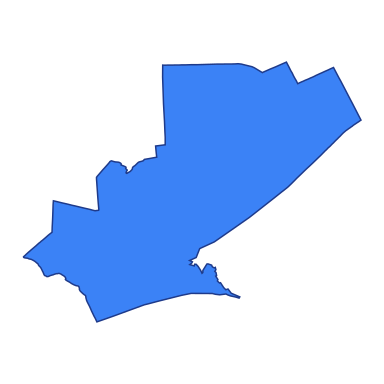 outline of Beuca, Teleorman, Romania
{"feature_id": "2599482B48947816929504", "entity_name": "Beuca", "entity_type": "district", "adm_level": 2, "iso_a3": "ROU", "parent_name": "Romania", "parent_adm1": "Teleorman", "projection": "robinson", "projection_center": [24.967, 44.261], "detail": "fine", "context": "isolated", "style": "filled", "palette": "blue", "viewbox_px": 384, "rotation_deg": 0, "n_neighbors": 0, "source": "geoboundaries", "source_scale": "gbopen_adm2", "svg_char_len": 5818}
<svg xmlns="http://www.w3.org/2000/svg" viewBox="0 0 384 384"><path d="M96.9,321.9L105.5,318.9L114.0,315.9L144.3,304.8L148.4,303.8L158.2,301.2L181.7,295.3L191.1,293.4L212.3,293.5L215.5,294.3L216.4,294.4L219.7,294.8L226.0,294.0L227.7,294.9L230.4,295.9L235.5,297.0L239.1,298.1L239.8,296.9L231.2,293.2L228.0,289.0L225.8,289.7L223.7,287.6L220.5,282.7L219.5,283.0L217.4,281.0L217.9,279.5L215.7,276.1L216.6,275.6L216.0,272.5L214.8,271.4L215.9,269.7L215.3,267.4L214.3,267.9L212.4,266.9L211.6,265.1L208.0,263.9L206.9,264.0L202.9,270.4L202.8,272.6L202.0,273.3L200.6,270.3L198.1,266.4L196.2,264.3L194.7,264.2L194.2,265.9L189.8,264.6L191.8,263.0L192.4,261.8L189.6,260.5L196.2,257.5L199.7,248.6L214.3,241.9L226.8,233.2L249.4,217.4L254.0,213.8L271.8,199.8L275.6,196.8L277.1,195.6L280.0,193.3L281.6,192.0L283.6,190.5L285.2,189.2L287.1,187.7L288.5,186.5L289.2,185.8L291.4,183.7L293.4,181.7L294.8,180.3L296.7,178.3L298.7,176.4L301.2,174.0L305.2,170.1L307.2,168.2L309.5,166.1L311.2,164.5L312.6,163.2L315.2,160.7L318.9,157.1L320.3,155.8L321.9,154.2L325.5,150.5L325.7,150.4L326.0,150.1L327.5,148.6L328.2,147.8L329.2,147.0L330.4,145.9L331.5,144.7L332.6,143.6L333.3,143.0L334.6,141.6L335.2,141.0L336.2,140.0L337.7,138.6L338.3,137.9L338.7,137.5L339.7,136.6L340.1,136.2L341.6,134.6L342.4,133.8L343.3,132.9L344.1,132.2L344.7,131.7L345.7,130.8L346.4,130.3L347.3,129.7L348.9,128.5L350.3,127.6L351.3,126.8L352.3,126.2L352.9,125.6L354.3,124.6L355.4,123.9L357.3,122.6L358.6,121.8L360.1,120.7L361.0,120.1L358.3,114.9L356.1,110.6L354.4,107.3L352.5,103.6L350.7,100.2L348.3,95.6L345.5,90.2L340.6,80.8L338.8,77.6L335.6,71.5L333.5,67.5L331.2,68.5L330.1,69.0L329.1,69.5L327.8,70.1L326.9,70.5L325.5,71.1L323.3,72.1L321.6,72.9L319.7,73.7L317.8,74.6L316.2,75.3L314.5,76.2L313.7,76.6L311.7,77.5L310.4,78.0L309.0,78.7L307.6,79.3L306.1,79.9L305.3,80.2L302.8,81.4L302.2,81.6L301.5,81.9L300.2,82.5L299.1,83.0L297.8,83.7L297.1,82.5L296.7,81.5L296.0,80.2L295.3,79.1L294.3,77.3L293.5,75.8L292.8,74.3L292.2,73.0L290.9,70.9L290.4,69.9L289.5,68.1L288.4,65.9L288.1,65.4L286.4,62.1L281.1,64.4L275.5,66.9L270.1,69.1L268.1,70.0L264.0,71.8L263.3,72.1L262.7,72.4L262.4,72.6L260.7,71.6L254.4,67.8L252.0,66.7L243.4,64.6L241.5,64.1L238.0,63.7L236.9,63.8L235.3,63.9L231.8,64.0L231.1,64.0L230.3,64.0L229.3,64.0L227.0,64.0L225.2,64.0L222.6,64.1L220.3,64.1L217.0,64.1L213.5,64.2L210.6,64.3L206.9,64.4L203.8,64.5L200.1,64.6L197.0,64.7L194.6,64.7L191.1,64.7L188.0,64.8L185.2,64.9L181.6,64.9L179.2,65.0L175.3,65.0L172.1,65.1L170.0,65.1L167.6,65.1L164.9,65.2L162.7,65.1L162.6,77.1L162.8,82.7L163.5,103.7L164.5,121.6L164.9,131.5L165.2,137.2L165.2,144.8L155.6,146.0L156.1,151.6L156.4,154.4L156.7,157.2L149.0,158.6L144.4,159.4L143.6,160.3L143.1,160.8L142.8,160.9L142.0,161.2L141.2,161.4L140.0,161.7L139.0,162.0L138.3,162.4L137.5,163.1L136.2,164.4L135.5,165.1L134.8,165.7L134.0,166.2L133.2,166.8L132.8,167.2L132.5,167.8L132.4,168.2L132.3,168.9L132.2,169.3L131.7,169.9L131.0,170.6L130.5,171.2L129.8,171.7L128.9,172.2L127.9,172.7L126.9,173.4L126.5,173.3L126.3,173.2L126.2,173.0L126.1,172.7L126.1,172.3L126.3,172.0L126.5,171.6L126.5,171.1L126.6,170.9L126.8,170.6L127.2,170.3L127.2,170.0L126.4,169.3L125.7,168.6L125.9,168.1L126.0,167.7L126.0,167.4L125.9,167.1L125.7,167.0L125.1,166.6L123.7,166.0L121.9,165.3L121.1,164.9L121.2,164.7L121.2,164.2L121.1,163.8L121.0,163.5L120.6,163.2L120.0,162.8L119.5,162.5L118.8,162.3L118.0,162.1L117.3,162.1L116.5,162.0L115.2,161.9L114.4,161.7L113.6,161.5L112.3,161.1L111.7,160.9L111.4,160.9L111.2,160.9L110.9,161.0L110.5,161.3L109.9,161.6L109.7,162.0L109.4,162.4L107.6,164.5L104.2,168.3L102.9,169.7L100.5,172.5L98.7,174.6L97.3,176.2L97.1,176.5L96.5,177.3L96.5,178.9L96.6,180.5L96.8,182.9L97.0,186.1L97.2,188.8L97.5,193.1L97.7,196.0L98.2,202.6L98.8,209.5L98.6,210.3L96.9,210.5L95.6,210.7L94.8,210.7L92.0,210.0L89.9,209.4L84.2,208.1L80.8,207.3L75.0,205.9L72.6,205.4L70.2,204.8L67.9,204.2L64.4,203.4L62.1,202.9L57.7,201.8L55.6,201.3L53.4,200.8L53.3,201.9L53.1,204.6L52.9,211.4L52.8,214.0L52.6,219.1L52.4,223.3L52.2,226.8L52.1,230.2L52.0,232.3L49.9,233.9L48.4,235.1L45.7,237.5L42.2,240.5L41.3,241.1L40.3,242.1L39.2,242.9L37.5,244.4L36.0,245.8L35.4,246.3L34.8,246.8L34.1,247.4L33.4,248.0L31.5,249.6L30.9,250.1L29.9,251.0L29.2,251.6L28.7,252.0L27.4,253.2L27.1,253.5L26.4,254.1L25.5,255.0L25.1,255.4L24.4,256.0L23.7,256.6L23.5,256.8L23.0,257.0L23.3,257.0L23.6,257.3L24.0,257.6L24.4,257.7L24.9,257.9L25.4,258.0L25.8,258.0L26.4,258.1L27.4,258.2L27.8,258.3L28.1,258.4L28.3,258.6L28.6,258.7L29.1,258.9L30.0,259.1L31.0,259.3L31.6,259.5L32.3,259.9L33.1,260.3L33.8,260.7L34.5,261.1L35.2,261.6L35.9,262.2L36.9,263.1L37.2,263.2L37.5,263.5L37.8,263.7L38.1,264.2L38.5,265.1L38.9,265.6L39.3,266.2L39.7,266.5L40.2,267.0L40.6,267.5L41.2,268.5L41.9,269.9L42.6,271.4L43.1,272.3L43.6,273.6L44.1,274.7L44.3,275.1L44.6,275.4L44.8,275.6L45.0,275.7L45.5,275.8L45.8,275.9L46.0,276.0L46.6,276.5L46.9,276.6L47.2,276.6L47.7,276.6L48.6,276.4L49.0,276.2L49.6,275.9L50.0,275.7L50.6,275.5L51.6,275.2L53.1,274.8L53.5,274.7L54.2,274.3L54.7,274.2L55.8,273.8L56.1,273.7L56.7,273.7L57.3,273.7L58.1,273.5L58.7,273.4L59.0,273.4L59.5,273.5L60.3,273.8L61.0,274.1L61.7,274.6L62.3,275.0L63.0,275.4L63.7,275.8L64.3,276.3L64.8,276.7L65.1,277.1L65.5,277.7L65.7,278.4L65.8,278.7L65.7,279.0L65.4,279.3L65.7,279.8L66.2,280.3L66.7,280.6L67.3,280.9L68.1,281.4L68.7,281.7L69.8,282.3L70.8,283.0L71.4,283.5L72.3,283.9L73.3,284.5L74.2,284.9L75.4,285.4L76.2,285.7L77.2,285.8L78.0,286.0L78.4,286.2L78.6,286.4L78.9,286.7L79.1,287.4L79.4,288.3L79.4,289.2L79.4,289.6L79.6,290.0L80.1,290.8L80.4,291.3L81.4,292.2L82.2,293.0L83.2,293.9L84.1,294.6L85.3,295.4L85.4,295.5L85.6,295.8L85.7,296.2L85.8,296.8L86.0,298.2L86.3,299.1L86.4,299.8L86.7,300.6L87.1,301.6L87.9,303.2L89.4,306.1L90.8,309.2L91.5,310.9L93.0,314.0L93.6,315.3L94.3,316.7L94.9,317.7L95.4,318.7L96.9,321.9Z" fill="#3b82f6" stroke="#1e3a8a" stroke-width="1.5"/></svg>